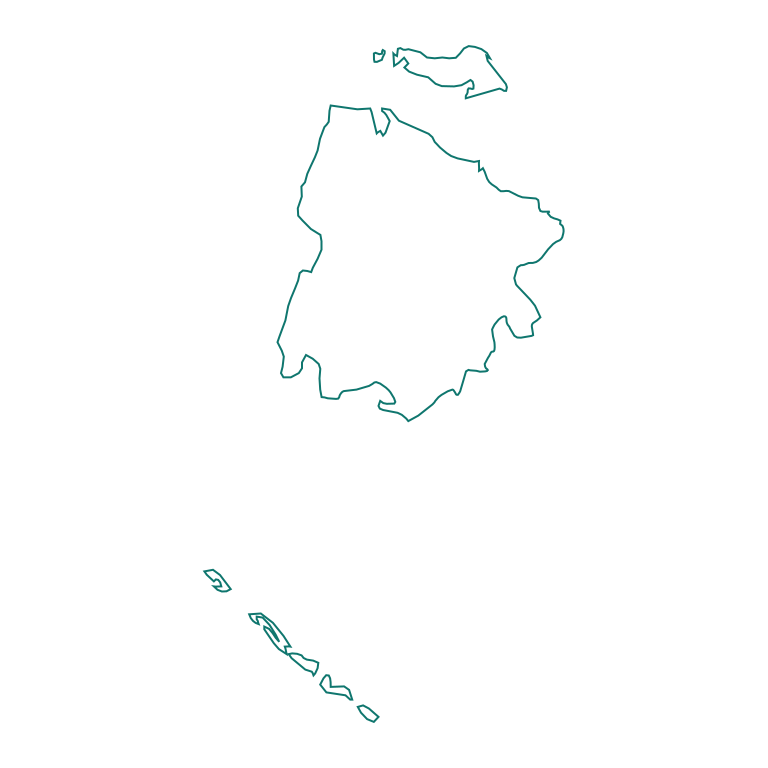 Ciego de Ávila, Equal Earth projection
{"feature_id": "CUB-1363", "entity_name": "Ciego de Ávila", "entity_type": "Province", "adm_level": 1, "iso_a3": "CUB", "parent_name": "Cuba", "parent_adm1": "", "projection": "equal_earth", "projection_center": [-78.664, 21.637], "detail": "fine", "context": "isolated", "style": "outline", "palette": "teal", "viewbox_px": 768, "rotation_deg": 0, "n_neighbors": 0, "source": "natural_earth", "source_scale": "10m", "svg_char_len": 4707}
<svg xmlns="http://www.w3.org/2000/svg" viewBox="0 0 768 768"><path d="M330.7,105.5L357.4,109.3L370.2,108.5L371.6,112.1L376.7,133.4L377.7,132.4L380.3,130.9L383.0,135.6L385.5,132.7L389.7,121.1L386.3,115.0L384.4,112.7L382.1,111.0L382.1,108.5L390.2,109.8L398.9,120.7L428.6,133.8L432.4,137.2L434.7,141.9L440.1,147.6L446.4,152.9L451.1,156.0L457.6,158.4L474.0,161.9L479.0,161.0L478.9,163.4L479.1,168.5L479.0,170.9L481.8,169.2L482.9,168.2L484.7,171.8L487.2,178.8L489.2,182.0L491.7,184.3L496.5,187.5L498.7,189.7L500.8,191.2L503.4,191.2L506.3,190.9L508.9,191.1L518.2,195.8L522.4,197.3L535.9,198.5L538.2,200.1L538.8,203.7L539.0,207.8L540.4,211.0L542.7,211.7L549.7,211.6L548.8,212.1L547.9,213.5L550.7,216.8L554.1,218.4L557.6,219.4L560.5,220.7L560.1,223.9L562.4,225.8L563.0,227.1L563.5,229.1L563.6,231.2L563.3,233.3L562.3,237.2L561.3,238.9L559.8,240.2L556.2,241.8L553.0,244.1L548.2,249.2L541.6,257.8L538.6,260.5L536.2,262.0L532.9,262.9L528.7,263.0L524.2,264.8L522.6,265.1L520.8,265.2L518.9,266.4L517.4,267.4L514.3,278.1L516.0,284.4L517.0,285.7L530.3,299.7L535.0,305.7L540.4,317.3L537.0,320.4L533.1,323.0L532.3,324.0L531.9,325.0L531.8,326.5L533.0,333.9L533.1,335.2L531.5,335.9L520.9,337.7L517.2,337.5L514.4,335.8L510.2,328.7L509.3,326.7L507.6,324.6L506.8,322.7L506.5,321.0L506.4,318.8L506.2,317.6L505.7,316.8L505.0,316.4L503.8,316.3L501.5,317.3L498.7,319.5L494.6,324.5L493.0,327.5L492.1,329.5L493.0,336.3L494.4,342.2L494.6,344.4L494.7,347.3L494.5,349.6L494.1,350.9L493.4,351.5L492.0,351.7L491.0,352.4L489.3,355.8L488.0,357.8L484.7,364.0L485.1,366.6L486.0,368.3L487.3,369.3L487.8,370.1L487.0,371.0L485.1,371.4L480.0,371.7L476.3,370.8L470.0,370.3L468.5,369.9L466.0,371.4L463.4,380.4L460.2,391.2L459.4,392.7L457.9,394.8L456.8,394.8L456.1,394.4L455.6,393.5L455.1,392.5L453.7,390.4L453.1,389.8L452.4,389.6L447.7,391.3L441.5,394.9L438.5,397.2L435.3,400.9L434.4,402.4L432.5,404.4L418.3,415.6L408.3,421.1L406.3,418.6L401.8,414.8L397.6,412.8L383.1,410.0L379.8,408.6L378.5,405.9L380.2,400.9L383.3,403.1L386.8,403.8L394.3,403.6L395.3,401.9L394.0,398.2L390.5,392.4L388.7,390.2L385.9,387.6L380.2,383.6L376.2,382.1L374.3,382.5L372.5,383.9L369.1,385.9L356.5,389.6L343.8,391.1L342.4,391.8L340.9,393.4L339.7,395.4L339.2,397.2L338.2,398.6L336.1,398.9L327.8,398.3L324.5,397.4L321.6,397.1L320.2,389.6L319.5,378.4L320.3,368.8L318.7,364.0L312.7,358.7L306.0,355.0L302.0,362.4L302.0,368.3L298.8,373.1L290.9,377.3L283.4,377.3L281.0,373.1L282.6,366.7L283.8,356.6L281.8,350.7L277.5,342.2L279.5,336.4L285.4,320.4L288.2,306.1L291.0,298.1L295.0,288.5L298.1,280.6L299.7,273.1L302.9,270.5L307.3,271.0L311.2,272.1L312.8,267.8L317.6,258.8L321.5,249.7L321.5,241.2L320.4,234.9L316.8,232.7L310.9,229.0L302.5,220.5L298.2,215.7L297.8,208.3L301.8,196.6L301.4,186.5L305.0,182.3L307.3,173.8L310.9,165.8L314.9,157.3L317.6,150.5L320.0,138.8L322.8,131.3L324.4,127.1L326.8,124.5L328.7,121.8L329.5,110.7L330.7,105.5ZM466.8,82.3L461.5,85.2L454.1,86.4L441.8,86.1L435.6,83.8L428.2,77.3L417.0,74.7L409.1,71.6L404.4,67.5L408.3,63.5L404.1,57.7L398.6,62.9L394.1,65.9L393.4,53.5L394.4,54.5L397.0,56.0L397.9,48.8L400.4,48.1L403.3,49.7L405.4,49.8L408.4,49.2L420.4,52.3L427.0,57.5L434.7,58.3L442.4,57.5L449.2,58.3L455.8,57.8L460.1,53.4L463.9,48.5L468.7,46.1L474.9,46.9L481.4,49.1L486.9,53.0L490.0,58.3L489.0,57.8L486.5,56.0L487.7,60.9L505.9,84.1L506.9,87.3L506.1,90.9L504.1,90.9L501.7,89.4L499.5,88.6L465.8,98.3L465.8,96.1L466.3,94.9L467.0,94.0L467.6,92.5L467.8,89.7L468.6,88.4L470.4,88.5L472.2,89.0L473.4,88.6L473.6,85.2L472.6,81.6L470.4,80.0L466.8,82.3ZM290.4,646.6L289.0,646.4L284.8,646.6L285.5,648.7L286.6,654.1L278.9,649.1L273.8,643.2L264.3,629.3L264.3,626.6L269.1,628.9L272.6,633.1L275.7,637.8L279.2,641.8L275.6,634.5L269.6,625.0L262.7,617.6L256.7,616.6L256.7,619.3L257.6,620.6L257.9,621.3L258.0,622.2L258.7,624.1L255.6,622.9L253.0,620.9L250.8,618.1L249.2,614.3L260.8,613.5L272.9,622.8L283.5,635.9L290.4,646.6ZM330.7,686.9L344.1,686.4L349.1,689.9L352.2,699.6L350.2,699.6L345.5,695.3L326.4,692.4L320.2,684.6L323.5,678.3L326.2,675.2L328.8,675.5L330.1,678.3L330.6,682.1L330.7,686.9ZM303.6,658.0L306.8,659.6L313.2,660.6L318.3,662.8L317.6,668.2L315.2,673.4L313.5,675.4L312.7,673.1L311.8,671.7L305.3,669.6L291.6,658.2L288.7,654.1L292.2,653.4L297.1,653.8L301.6,655.4L303.6,658.0ZM204.4,571.4L213.0,569.8L220.0,575.0L230.7,589.1L226.5,591.3L221.9,591.5L217.5,589.8L213.9,586.4L215.7,586.6L221.3,586.4L220.2,582.4L218.2,579.9L215.9,579.4L213.9,581.4L206.8,574.8L204.4,571.4ZM357.8,706.9L363.1,705.4L368.9,708.5L378.5,716.9L373.8,721.9L367.1,719.1L361.0,712.7L357.8,706.9ZM382.2,51.0L382.8,50.0L384.7,51.2L384.6,53.5L382.6,57.5L381.9,59.8L376.9,61.9L374.5,61.8L374.0,59.5L373.9,53.5L375.5,52.8L379.3,54.2L381.9,53.7L382.2,51.0Z" fill="none" stroke="#0f766e" stroke-width="2"/></svg>